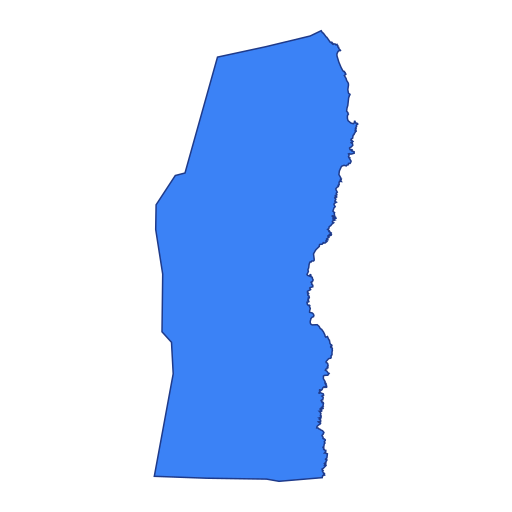 the district of Hamahamet-Mboinkou, Andjazîdja, Comoros
{"feature_id": "10938185B70444296254874", "entity_name": "Hamahamet-Mboinkou", "entity_type": "district", "adm_level": 2, "iso_a3": "COM", "parent_name": "Comoros", "parent_adm1": "Andjazîdja", "projection": "orthographic", "projection_center": [43.406, -11.482], "detail": "fine", "context": "isolated", "style": "filled", "palette": "blue", "viewbox_px": 512, "rotation_deg": 0, "n_neighbors": 0, "source": "geoboundaries", "source_scale": "gbopen_adm2", "svg_char_len": 6078}
<svg xmlns="http://www.w3.org/2000/svg" viewBox="0 0 512 512"><path d="M322.9,477.6L322.2,477.5L322.6,475.8L324.5,475.1L323.7,474.2L324.5,473.8L324.0,473.1L323.5,473.0L322.4,471.1L323.1,470.6L322.1,469.6L322.2,468.8L323.1,468.5L326.1,465.4L326.1,465.2L324.7,465.2L325.2,464.5L324.3,463.7L324.8,463.2L325.7,463.5L326.0,462.9L325.6,462.3L326.9,460.2L326.9,459.8L325.6,459.5L325.5,459.2L326.9,457.9L327.4,453.8L326.1,453.4L325.9,453.0L324.5,453.0L325.8,451.4L325.8,450.4L325.0,450.4L324.4,449.6L323.7,449.5L323.9,447.9L323.0,447.6L323.1,447.0L323.9,446.3L324.2,444.0L325.0,443.0L324.3,442.0L324.3,441.6L325.2,440.6L325.3,439.9L324.3,438.9L323.5,438.9L323.0,438.5L323.1,437.3L322.0,435.7L322.2,435.1L323.2,434.2L323.2,433.5L323.9,432.8L323.9,432.4L322.5,430.7L320.5,429.8L319.8,429.1L319.0,429.0L318.1,428.0L316.7,427.9L317.1,426.3L318.9,424.7L319.8,424.4L320.6,423.2L318.5,422.1L318.3,421.8L320.3,421.8L320.7,421.3L320.5,420.8L320.7,420.2L319.5,419.3L320.2,418.8L319.0,418.0L320.5,417.7L320.1,417.4L321.1,416.8L321.1,415.8L320.4,415.5L320.9,413.4L320.5,413.1L320.4,412.4L319.3,411.3L321.6,411.2L321.7,410.0L320.2,409.5L320.2,408.7L320.9,408.3L322.4,408.6L323.1,408.5L323.2,408.2L322.9,407.7L321.5,407.9L321.5,407.4L323.3,406.2L323.0,405.6L323.5,403.3L323.3,402.8L322.6,402.8L322.8,402.2L322.4,401.9L321.8,402.0L321.1,400.5L321.6,400.0L322.7,399.9L323.2,397.6L322.9,396.9L321.9,396.1L323.6,395.3L323.3,393.9L320.1,392.6L319.8,392.6L319.4,393.2L318.9,393.0L319.6,391.7L320.6,390.8L319.5,390.1L319.6,389.8L321.6,390.0L322.1,389.5L322.8,387.9L323.7,387.0L324.1,386.9L324.6,387.3L325.3,386.7L325.9,387.4L326.6,387.2L326.7,386.1L325.6,384.3L326.2,384.0L325.6,383.0L324.9,382.9L325.1,381.5L323.4,378.8L323.4,376.1L324.4,375.4L327.8,375.2L329.1,373.4L328.0,372.9L326.9,371.2L325.3,370.2L326.0,369.0L326.9,368.8L327.0,368.1L327.9,367.8L327.9,367.2L327.4,367.0L327.5,366.4L328.1,365.8L327.7,363.6L327.2,363.0L326.2,362.6L326.1,361.5L328.7,358.6L330.7,358.2L331.1,357.7L331.1,355.7L332.0,354.8L332.0,352.0L332.4,350.3L332.1,349.5L332.4,348.8L331.7,347.3L330.9,347.5L330.6,347.0L330.7,346.4L331.9,345.7L331.6,344.9L331.1,344.9L330.0,343.5L329.4,340.1L328.8,339.7L327.6,336.9L327.4,336.5L325.9,337.2L325.2,336.5L324.9,335.0L323.5,332.0L321.6,329.3L320.3,328.6L319.1,326.4L317.2,324.7L312.2,324.9L311.0,324.3L310.3,323.1L310.2,321.4L310.8,319.3L310.8,318.5L311.3,318.2L312.1,317.2L313.5,316.7L313.9,315.4L313.4,314.1L312.3,313.0L309.6,312.3L309.6,310.9L310.3,308.4L309.5,306.7L309.8,305.5L309.2,305.1L308.3,305.4L307.3,304.2L307.0,302.2L308.8,301.8L308.9,301.5L308.3,300.3L307.9,300.3L307.8,299.9L308.8,298.7L308.2,298.1L309.3,297.5L309.0,296.0L308.4,295.9L307.8,295.1L307.8,294.5L308.7,293.7L308.2,293.0L307.8,293.3L307.5,293.0L307.5,291.3L310.6,289.6L309.7,288.1L310.0,287.6L312.8,286.8L312.8,285.2L311.6,284.2L311.9,283.0L311.1,282.2L312.7,281.1L313.1,279.9L312.4,278.5L312.3,277.5L311.9,277.0L310.1,276.4L310.1,275.9L310.9,275.6L310.8,274.8L310.3,274.6L309.1,275.9L308.6,275.8L307.5,275.3L307.0,274.4L308.4,271.5L307.9,269.8L308.7,267.8L309.1,264.4L309.8,262.3L310.2,261.9L311.0,262.1L311.8,261.0L313.5,261.0L314.1,260.4L314.2,259.3L313.5,253.9L315.1,251.0L316.0,249.6L319.3,246.4L319.4,244.9L319.8,244.4L322.2,244.2L322.7,243.3L323.2,243.3L323.4,242.6L324.9,243.1L326.9,241.5L325.9,240.9L326.2,240.5L327.9,239.8L327.6,239.5L326.6,239.7L326.6,238.9L329.0,237.4L329.0,236.8L328.7,236.4L328.0,236.4L328.0,235.8L328.8,235.7L328.9,235.0L329.2,234.8L329.6,235.7L331.1,235.3L331.5,234.3L331.3,233.9L330.4,234.0L330.2,233.7L331.0,232.8L330.3,232.5L330.1,232.0L329.2,231.8L328.9,231.5L329.3,230.8L327.6,229.4L328.8,228.6L329.2,226.7L330.9,225.5L331.7,224.3L333.6,222.8L332.6,222.4L332.3,221.7L332.5,221.1L334.8,220.1L334.1,219.8L334.3,219.2L334.0,218.9L333.1,219.1L333.0,218.1L333.7,217.9L335.2,218.5L336.0,218.3L335.6,217.2L333.4,216.9L332.2,216.2L332.3,215.8L334.7,216.0L334.2,213.3L334.6,212.7L332.9,211.2L334.0,207.8L335.2,206.7L334.1,204.8L334.0,204.2L334.4,203.4L336.4,202.2L334.9,201.3L334.9,200.8L335.8,199.6L335.8,199.1L334.7,197.9L335.0,197.5L336.0,197.4L336.7,197.0L336.6,196.6L335.3,196.1L335.3,195.5L336.9,194.8L336.2,193.2L337.3,192.2L336.0,189.8L335.9,188.6L337.1,187.3L338.4,186.5L338.1,185.3L339.2,184.8L339.0,182.8L339.5,181.4L341.3,181.5L341.0,181.1L340.1,180.9L341.0,180.1L341.3,179.2L340.5,179.1L340.9,178.1L338.9,174.5L339.4,170.9L341.2,166.9L341.9,166.1L344.0,165.3L346.3,165.9L346.9,165.1L348.4,164.7L348.5,163.4L350.1,163.4L350.9,161.9L351.1,161.1L349.7,158.9L349.8,157.8L348.9,157.8L348.5,156.6L349.0,156.0L349.0,154.8L348.5,153.9L349.3,153.6L350.4,154.1L351.7,154.0L354.2,153.2L354.1,151.7L351.8,151.0L351.6,150.5L352.2,149.9L352.0,149.6L350.7,149.5L350.3,149.8L350.0,149.6L349.5,148.1L349.6,147.8L351.2,147.0L352.8,145.3L352.4,143.2L351.7,143.2L351.1,142.7L353.0,141.5L352.4,140.9L351.1,140.4L351.0,140.0L351.4,139.8L351.2,139.2L351.4,138.8L352.6,138.3L353.1,135.3L354.1,134.5L354.2,133.6L355.1,132.6L355.1,132.0L356.2,131.2L356.0,130.4L355.3,130.2L355.8,129.5L355.4,128.9L356.1,128.4L355.7,127.7L356.6,126.6L356.2,125.9L356.7,124.8L357.7,124.3L357.7,123.8L356.8,123.1L355.8,123.1L355.4,122.7L355.0,121.3L354.5,121.3L354.3,122.8L353.3,123.7L350.8,123.0L348.0,120.6L347.4,118.4L347.4,115.7L348.4,114.1L347.9,113.4L347.9,112.6L346.6,111.2L347.0,108.1L347.8,105.5L348.7,97.4L349.2,96.7L349.1,96.0L350.0,94.8L350.0,94.3L348.7,93.5L348.4,92.8L347.8,89.6L348.5,85.0L348.3,83.2L346.6,80.4L346.1,78.5L344.3,75.5L345.9,74.2L345.8,73.9L345.2,73.4L345.2,72.7L344.4,72.1L344.4,71.5L343.4,71.3L342.6,70.3L341.0,67.3L338.8,62.0L337.0,56.0L336.9,53.9L338.0,51.5L339.1,50.6L340.2,50.7L340.5,50.4L338.7,48.4L338.7,47.3L337.8,46.9L337.8,45.5L337.2,45.2L337.0,44.4L335.8,44.8L335.2,44.0L333.9,43.9L333.1,44.4L332.6,44.0L332.8,43.4L332.2,42.7L331.9,43.3L331.3,42.9L331.3,42.2L330.2,42.2L326.8,37.3L326.1,36.9L323.3,33.1L322.4,32.7L321.2,30.7L310.1,36.0L265.8,46.7L217.5,57.1L185.0,173.0L175.3,175.5L156.1,204.8L155.7,229.5L162.7,274.1L162.0,331.8L171.5,342.3L173.2,373.8L154.3,476.3L206.6,478.2L266.6,479.1L279.0,481.3L322.9,477.6Z" fill="#3b82f6" stroke="#1e3a8a" stroke-width="1.5"/></svg>